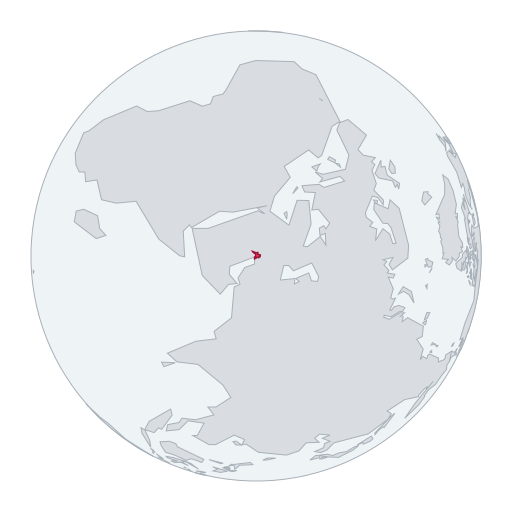 globe centered on Al-Basrah, rotated 100°
{"feature_id": "IRQ-3222", "entity_name": "Al-Basrah", "entity_type": "Province", "adm_level": 1, "iso_a3": "IRQ", "parent_name": "Iraq", "parent_adm1": "", "projection": "orthographic", "projection_center": [47.689, 30.202], "detail": "coarse", "context": "on_globe", "style": "filled", "palette": "rose", "viewbox_px": 512, "rotation_deg": 100, "n_neighbors": 0, "source": "natural_earth", "source_scale": "10m", "svg_char_len": 10974}
<svg xmlns="http://www.w3.org/2000/svg" viewBox="0 0 512 512"><g transform="rotate(100 256 256)"><circle cx="256" cy="256" r="225" fill="#eef3f6" stroke="#a8b0b8"/><path d="M271.1,31.2L284.0,32.6L294.4,34.0L290.0,33.6L305.8,36.3L313.1,38.1L307.8,36.8L304.7,36.1L314.0,38.5L312.7,38.4L316.5,39.8L314.1,39.7L303.5,37.3L301.7,37.4L308.4,39.2L310.3,40.7L300.7,38.0L303.0,40.6L285.6,38.5L261.9,33.7L250.5,34.7L221.5,36.3L222.5,37.0L212.1,38.9L209.2,40.7L204.7,41.1L206.4,42.3L211.1,41.7L213.4,42.1L212.2,43.3L206.1,43.7L205.9,43.2L203.4,44.0L200.9,43.9L201.5,44.6L194.3,45.4L199.5,46.5L192.2,48.7L188.0,48.8L190.9,46.4L188.4,42.5L185.1,42.9L177.3,45.4L157.3,54.6L152.5,56.6L144.2,60.9L145.6,60.6L152.7,57.2L153.3,58.4L161.8,54.8L163.3,55.0L171.1,52.8L167.2,56.0L159.1,60.5L152.5,62.7L148.7,65.0L152.8,65.6L138.3,73.0L125.0,84.2L121.5,86.2L118.8,84.3L124.4,76.8L120.9,76.7L120.3,79.9L111.7,85.8L109.1,88.4L107.9,90.3L110.1,89.4L106.5,92.4L105.7,89.7L109.0,86.9L109.2,87.6L111.8,84.4L111.2,83.7L106.9,87.3L108.3,85.9L120.8,75.8L133.9,66.7L147.7,58.5L162.0,51.3L176.8,45.1L191.9,40.0L207.4,36.0L223.2,33.1L239.1,31.4L255.1,30.7L271.1,31.2ZM31.1,268.4L31.2,270.4L33.5,288.4L35.2,300.4L35.6,302.6L32.7,285.6L31.1,268.4ZM317.4,40.0L319.3,40.4L320.4,41.0L317.4,40.0ZM172.8,51.3L171.9,52.0L170.9,52.0L172.8,51.3ZM176.9,49.8L176.3,49.3L178.2,48.5L178.5,48.8L176.9,49.8ZM317.9,41.6L319.2,42.7L316.0,41.1L317.9,41.6ZM177.2,50.7L181.6,47.3L184.9,46.0L188.9,46.4L177.2,50.7ZM318.7,43.0L322.0,46.3L326.5,47.3L315.8,46.9L316.5,43.9L311.9,41.6L316.5,42.9L318.7,43.0ZM213.1,41.0L208.0,41.7L213.4,40.1L213.1,41.0ZM216.0,39.9L229.2,35.6L236.1,35.6L230.2,36.8L240.1,36.4L237.0,38.4L230.9,39.1L227.0,38.6L228.8,39.9L216.0,39.9ZM309.4,46.4L308.6,47.1L307.4,46.0L309.4,46.4ZM214.7,42.2L216.8,41.1L222.9,41.0L219.9,43.1L218.9,42.4L214.7,42.2ZM244.2,35.4L248.2,35.9L246.8,37.6L248.2,38.1L237.5,38.5L244.2,35.4ZM216.9,43.1L218.2,44.2L214.2,45.5L213.2,43.3L216.9,43.1ZM225.8,40.1L228.5,40.2L226.0,40.8L225.8,40.1ZM200.8,51.3L203.1,49.6L206.5,49.3L200.8,51.3ZM219.0,44.6L220.4,44.2L222.0,44.0L222.0,45.1L219.0,44.6ZM237.2,39.9L235.8,40.6L241.5,39.8L240.7,41.3L233.7,41.4L236.4,42.0L236.1,42.6L230.7,42.1L237.2,39.9ZM226.9,45.7L217.7,46.9L212.7,49.8L209.5,50.0L218.2,45.3L226.9,45.7ZM229.6,43.6L227.2,44.9L224.5,44.3L224.5,43.1L229.6,43.6ZM242.6,42.5L245.7,40.0L247.1,40.2L242.6,42.5ZM225.9,46.6L228.2,46.3L225.9,46.8L225.9,46.6ZM238.1,43.8L239.0,42.8L240.6,42.9L238.1,43.8ZM231.9,46.8L228.9,47.0L228.8,46.1L231.9,46.8ZM235.2,45.5L237.1,45.9L230.5,45.6L235.3,45.0L235.2,45.5ZM239.5,44.1L240.7,43.8L238.9,44.5L239.5,44.1ZM234.0,50.3L225.8,50.2L225.5,48.1L233.6,48.4L234.0,50.3ZM63.5,290.0L58.0,252.3L63.8,243.0L67.1,228.4L108.8,196.8L115.2,203.6L145.3,208.7L148.6,211.9L142.4,222.6L162.9,243.8L172.6,235.9L193.8,248.2L209.5,250.1L219.9,228.9L194.0,225.2L192.2,213.6L215.0,207.3L238.0,211.2L238.0,207.0L225.7,196.1L233.2,189.0L221.7,191.7L224.7,196.5L217.6,198.5L214.4,194.4L217.2,191.9L210.9,189.1L199.2,202.7L201.0,209.0L183.2,208.5L184.5,219.2L178.8,223.0L174.5,206.4L176.7,201.0L166.8,181.7L163.0,187.1L172.0,206.0L168.2,203.8L163.0,212.3L163.9,204.1L155.1,183.0L140.5,182.0L117.9,198.3L110.2,196.8L105.6,189.1L117.8,168.2L133.6,174.1L138.1,167.7L138.4,155.5L143.1,158.7L145.2,154.8L151.5,156.7L163.8,150.1L170.7,151.4L178.8,140.2L183.4,139.6L177.3,146.2L176.8,151.8L194.4,155.8L198.8,154.1L202.6,146.8L207.0,149.2L208.4,141.7L220.2,141.0L207.1,135.8L211.2,128.1L220.0,123.5L219.1,120.3L204.7,127.9L201.1,131.9L201.7,136.7L189.8,148.1L183.0,148.7L186.6,134.1L177.4,133.7L184.2,123.3L218.9,107.6L231.7,106.1L246.0,119.3L241.2,123.6L233.6,120.8L237.6,130.3L238.7,126.2L242.4,128.5L247.2,122.5L250.0,123.9L249.9,116.0L253.9,117.1L253.9,122.1L264.5,115.1L273.7,116.1L274.7,113.9L273.3,111.3L285.9,114.9L286.1,113.2L282.1,111.2L279.9,106.7L280.9,100.4L285.2,101.9L285.4,104.4L292.3,112.5L292.2,119.4L294.1,119.5L295.2,113.9L286.8,104.0L286.2,99.8L290.9,103.9L289.1,102.0L290.2,100.5L295.3,100.6L290.4,96.0L296.1,79.0L306.5,78.3L310.1,83.3L318.6,75.2L329.7,76.3L325.9,74.3L327.5,70.0L324.0,69.5L322.4,68.3L324.8,58.6L328.7,58.0L325.5,52.9L323.6,52.0L320.5,52.0L315.8,46.9L326.5,47.3L330.3,49.1L334.4,48.7L342.5,53.0L351.2,56.9L357.8,62.8L364.0,65.9L364.9,65.4L374.1,69.8L389.9,81.3L373.3,73.7L348.7,59.7L358.4,65.2L355.1,64.7L357.8,67.3L364.8,71.6L366.3,71.5L371.5,84.5L386.0,100.0L387.7,95.5L393.7,97.6L411.6,114.5L426.5,146.8L434.6,152.4L438.3,158.0L438.4,164.2L433.0,156.1L428.7,155.9L425.7,150.7L424.0,159.0L419.5,152.1L420.4,162.5L425.3,166.6L428.5,161.4L431.2,174.1L440.5,179.9L446.8,191.4L448.9,219.4L443.1,232.7L443.8,237.0L438.8,235.3L436.2,246.4L448.8,263.1L449.9,269.6L443.8,287.1L442.9,282.6L429.6,278.1L430.1,294.3L440.3,301.5L443.9,314.1L437.4,313.6L433.3,302.8L428.6,300.8L427.8,287.2L419.8,269.8L413.1,277.2L411.6,269.1L399.6,256.2L388.7,266.3L372.8,294.4L374.0,315.4L367.1,326.4L350.4,300.4L344.5,280.8L337.5,284.2L321.2,269.4L290.2,272.1L286.7,266.8L280.7,269.9L269.3,265.0L264.2,256.1L257.0,256.9L270.7,280.0L278.6,279.2L286.4,269.8L288.7,278.1L299.8,284.6L284.4,305.6L239.9,323.7L237.1,307.9L211.1,261.8L212.7,256.9L212.7,256.3L212.5,255.3L208.5,263.2L204.6,253.9L216.8,286.3L218.2,299.6L239.2,324.6L236.9,326.9L244.1,332.0L269.2,326.1L269.0,331.2L256.2,354.7L222.9,383.6L228.2,402.8L227.4,417.9L208.7,425.8L212.4,436.7L203.1,439.1L203.9,444.6L197.6,449.1L186.3,451.9L164.7,447.1L161.7,442.2L148.3,429.8L129.0,399.6L132.6,388.4L130.0,377.4L114.6,348.0L117.8,334.9L114.1,327.3L106.3,325.8L102.2,316.6L97.7,314.4L70.5,305.0L63.5,290.0ZM91.7,217.1L89.9,221.2L91.7,217.1ZM260.7,227.0L275.5,228.0L271.5,213.9L276.9,213.3L273.6,209.0L271.2,212.9L263.5,201.1L270.8,197.1L270.4,191.1L265.4,190.6L253.2,199.9L264.1,216.6L259.6,222.2L260.7,227.0ZM111.8,86.0L111.7,86.3L109.9,88.6L109.4,88.4L111.8,86.0ZM109.8,95.2L104.1,99.9L107.8,96.1L106.0,96.3L111.6,89.2L120.1,86.9L115.2,89.0L109.8,95.2ZM121.5,79.8L117.0,84.1L121.6,79.5L121.5,79.8ZM150.2,133.2L151.2,136.6L147.1,140.4L138.3,140.4L144.2,134.7L150.2,133.2ZM153.6,140.8L159.6,127.1L165.3,127.1L161.1,129.3L164.2,130.7L158.3,134.7L157.9,148.7L154.2,153.1L140.0,149.7L146.7,148.2L145.3,144.6L153.6,140.8ZM164.9,97.6L167.5,93.1L176.4,98.6L172.9,102.3L163.9,102.1L162.8,97.7L164.9,97.6ZM183.4,52.6L183.9,51.6L185.6,51.3L186.6,51.9L183.4,52.6ZM201.6,50.5L183.2,57.2L182.8,56.2L172.6,62.1L167.5,61.9L174.3,58.0L162.7,62.6L166.8,59.0L159.1,62.6L174.8,53.9L178.0,51.4L176.3,54.2L180.9,54.3L183.9,53.6L194.7,49.9L203.9,45.1L209.9,44.9L211.7,46.1L210.4,47.3L206.9,46.9L207.7,48.7L201.7,49.1L201.6,50.5ZM229.5,68.1L225.9,65.9L226.5,72.1L220.4,71.5L220.9,72.3L215.4,73.5L209.6,76.6L207.2,75.8L206.0,77.4L202.4,78.5L199.8,80.5L194.7,80.0L191.2,82.5L190.8,80.8L186.2,85.5L187.3,81.8L182.7,83.3L184.0,86.0L162.5,80.9L152.6,82.6L143.7,86.2L146.9,80.2L157.2,73.4L170.5,67.6L179.5,67.3L179.3,65.0L183.6,64.3L182.0,66.4L187.1,62.9L190.2,62.9L201.9,59.5L207.3,55.0L211.7,53.9L211.2,55.8L216.0,53.4L217.9,56.3L221.2,55.8L226.3,58.3L223.4,62.7L227.2,61.8L231.3,64.1L229.5,68.1ZM235.3,51.1L233.1,55.9L228.8,58.0L221.6,52.7L218.5,52.9L213.7,50.2L220.2,47.3L220.9,48.2L223.2,48.6L220.3,49.3L224.3,49.0L225.4,50.4L228.8,50.6L227.2,52.0L235.3,51.1ZM154.1,208.7L156.9,210.1L161.8,210.9L158.6,216.5L154.1,208.7ZM147.7,194.4L150.5,194.5L148.4,202.2L145.5,201.0L147.7,194.4ZM153.9,188.2L150.9,193.9L150.7,190.1L153.9,188.2ZM180.1,146.0L183.4,145.9L183.0,147.8L180.4,150.0L180.1,146.0ZM229.9,88.7L228.5,86.5L229.9,85.9L231.5,80.7L236.1,81.1L237.0,84.4L229.9,88.7ZM214.5,232.1L208.9,235.8L207.0,233.4L209.3,232.6L214.5,232.1ZM181.6,226.4L188.3,230.7L180.7,227.9L181.6,226.4ZM235.2,88.2L235.3,86.0L237.5,87.6L235.2,88.2ZM239.6,81.1L242.5,82.6L236.9,80.5L239.6,81.1ZM310.0,471.9L312.0,472.2L308.3,473.0L310.0,471.9ZM266.6,416.4L253.9,440.9L243.0,440.8L239.9,433.8L243.8,419.0L256.1,414.7L261.8,407.4L266.6,416.4ZM466.4,324.2L468.3,322.2L468.0,323.2L466.4,324.2ZM464.6,324.1L467.1,321.1L463.8,326.6L464.6,324.1ZM468.0,320.0L470.5,314.9L471.7,312.0L471.2,314.2L468.0,320.0ZM462.7,326.3L450.4,337.5L445.0,339.4L446.8,335.1L455.6,328.9L462.7,326.3ZM446.3,335.4L437.4,332.5L421.6,313.5L427.3,311.0L443.1,318.8L442.2,322.2L447.6,325.7L446.3,335.4ZM466.1,301.9L465.0,311.1L458.8,316.7L455.6,318.2L453.5,309.1L454.7,302.4L457.5,300.3L465.4,272.0L468.7,273.5L466.8,284.4L469.4,289.2L466.1,301.9ZM375.1,317.0L381.0,327.4L376.9,330.6L375.1,317.0ZM466.6,254.8L464.7,267.0L465.8,252.3L466.6,254.8ZM466.1,242.1L467.2,246.2L465.1,243.6L466.1,242.1ZM445.6,243.0L442.8,246.4L441.8,243.4L444.7,237.3L445.6,243.0ZM451.6,201.4L455.1,210.3L455.9,213.8L452.9,209.6L451.6,201.4ZM274.8,92.2L267.4,98.7L265.2,104.5L268.7,109.1L260.6,105.7L264.0,96.8L274.8,92.2ZM293.0,80.3L289.9,76.9L293.3,76.9L294.5,77.7L293.0,80.3ZM289.7,79.2L282.0,77.9L281.6,75.0L287.7,76.6L289.7,79.2ZM258.4,82.1L255.9,83.9L254.2,82.4L258.4,82.1ZM431.0,397.8L432.9,395.5L440.3,383.7L441.3,382.7L446.2,372.9L459.0,352.5L469.6,326.7L471.2,322.7L465.5,338.9L458.6,354.5L450.5,369.7L441.3,384.1L431.0,397.8ZM470.9,318.0L474.2,307.4L475.2,304.6L470.9,318.0ZM480.3,277.1L479.9,279.2L479.9,276.8L480.6,271.4L479.5,273.3L480.8,266.0L480.7,271.8L480.9,269.3L480.3,277.1ZM477.0,287.6L476.8,290.1L476.3,289.7L477.0,287.6ZM477.9,284.4L479.2,282.6L477.6,286.8L477.9,284.4ZM470.8,289.3L471.7,293.4L474.2,286.2L472.2,294.0L473.4,300.2L472.5,304.4L471.5,297.5L470.1,308.2L468.9,309.7L468.9,302.2L470.4,290.2L471.6,284.3L475.9,275.6L470.8,289.3ZM478.1,277.9L477.6,272.8L477.9,267.8L478.5,269.9L478.1,277.9ZM475.1,261.1L472.5,256.8L471.1,262.2L472.9,246.7L475.3,253.4L475.1,261.1ZM471.4,247.7L470.2,252.6L470.8,244.2L471.4,247.7ZM469.3,250.8L468.1,246.1L469.6,244.8L469.3,250.8ZM472.2,246.6L470.7,237.6L472.4,241.6L472.2,246.6ZM464.9,235.7L469.7,239.8L465.1,241.6L460.3,225.6L462.0,222.9L464.9,235.7ZM444.9,158.6L442.0,154.8L442.2,151.7L444.2,155.2L444.9,158.6ZM440.0,139.8L441.3,149.7L441.7,158.4L443.7,158.9L447.6,167.5L442.3,162.8L438.8,151.3L439.2,146.1L435.2,139.5L432.9,132.9L427.0,126.1L424.7,121.8L430.2,126.6L440.0,139.8ZM424.4,123.5L413.3,111.1L415.6,109.1L418.5,111.3L422.7,117.7L421.2,118.3L424.4,123.5ZM411.3,107.7L409.8,108.3L390.3,95.2L386.8,92.0L402.8,100.1L402.2,101.3L406.6,105.2L411.3,107.7ZM311.0,47.7L308.8,47.2L310.7,47.0L311.0,47.7ZM320.4,68.2L318.5,66.6L320.7,66.2L320.4,68.2ZM314.2,62.0L313.0,63.5L312.5,61.3L314.2,62.0ZM310.7,67.2L311.7,63.8L313.3,68.1L310.7,67.2Z" fill="#d9dde1" stroke="#a8b0b8" stroke-width="1"/><path d="M256.9,256.8L256.1,256.4L254.9,256.4L254.1,256.8L253.6,257.9L253.5,258.3L253.1,259.0L252.9,259.3L252.7,259.6L252.1,260.2L252.2,259.3L252.4,258.9L252.5,257.9L252.8,256.4L252.7,256.1L252.4,255.5L252.2,254.8L253.3,254.5L254.0,254.5L254.0,254.0L254.1,253.5L254.1,252.7L254.1,252.3L254.1,252.1L254.3,251.9L255.0,251.8L256.0,251.9L255.9,252.9L257.1,252.9L257.1,255.0L257.5,255.0L257.7,255.5L258.1,255.6L258.4,256.0L258.5,256.5L258.6,256.8L259.0,257.0L258.8,257.1L258.5,257.0L257.8,256.7L257.5,256.6L257.2,256.6L257.0,256.8L256.9,256.4L256.9,256.8Z" fill="#f43f5e" stroke="#9f1239" stroke-width="1.5"/></g></svg>